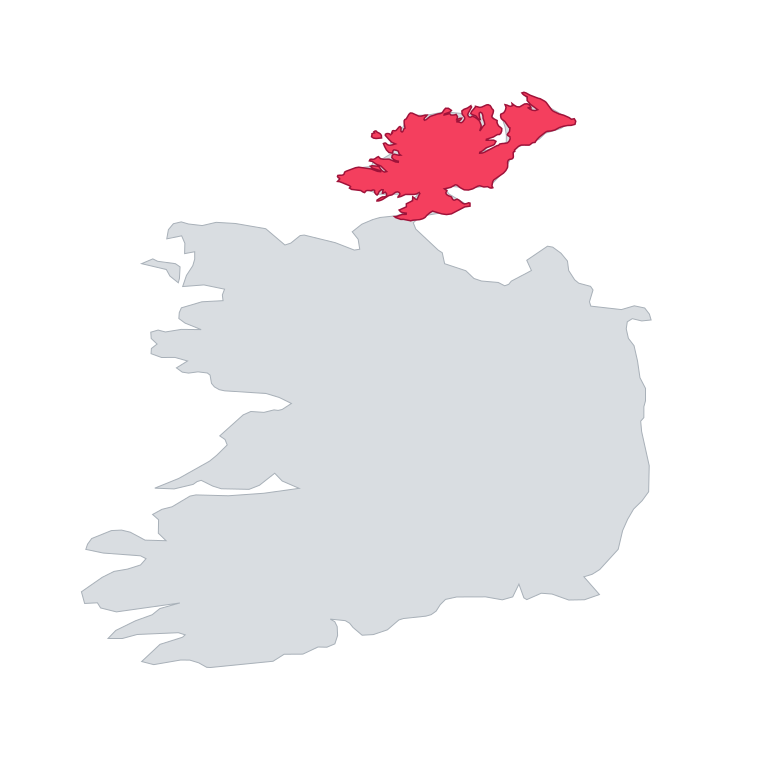 Donegal on a map of Ireland (Equal Earth projection), rotated 7°
{"feature_id": "IRL-729", "entity_name": "Donegal", "entity_type": "County", "adm_level": 1, "iso_a3": "IRL", "parent_name": "Ireland", "parent_adm1": "", "projection": "equal_earth", "projection_center": [-7.962, 54.925], "detail": "fine", "context": "in_parent", "style": "filled", "palette": "rose", "viewbox_px": 768, "rotation_deg": 7, "n_neighbors": 0, "source": "natural_earth", "source_scale": "10m", "svg_char_len": 9643}
<svg xmlns="http://www.w3.org/2000/svg" viewBox="0 0 768 768"><g transform="rotate(7 384 384)"><path d="M508.0,122.3L488.5,132.1L485.4,135.8L480.0,150.9L479.4,155.2L467.1,171.9L460.2,175.4L449.8,178.1L444.0,180.8L436.6,179.4L427.2,179.6L422.5,182.6L422.7,184.9L425.5,187.6L442.9,195.3L441.9,198.6L437.0,202.2L405.9,211.3L396.6,216.7L393.4,220.4L396.7,226.4L421.6,244.6L425.8,246.6L429.5,257.2L451.4,261.6L460.4,268.3L468.2,269.9L485.0,269.3L491.8,271.8L495.6,269.9L497.8,266.4L516.5,253.4L510.6,243.8L529.5,227.3L534.8,227.6L543.7,232.6L551.1,239.6L553.5,248.9L560.5,257.3L565.0,260.2L577.1,261.9L580.0,265.2L577.9,277.4L579.8,281.5L610.6,281.2L622.9,275.9L633.5,276.8L638.9,282.3L641.3,287.9L632.1,290.0L622.5,288.9L617.9,292.6L617.7,299.7L621.0,308.9L627.5,315.5L632.8,330.2L637.3,346.6L644.1,356.5L645.6,368.8L644.7,374.8L646.0,385.7L643.3,389.6L645.5,399.8L657.2,432.8L659.8,458.7L654.4,468.4L647.0,477.7L642.3,488.6L638.7,500.4L636.6,519.5L620.7,541.9L613.8,547.5L605.9,551.0L623.5,566.7L609.3,573.7L593.7,575.9L576.4,572.0L565.6,572.5L552.0,580.6L548.9,579.2L542.3,566.2L537.7,579.6L527.7,583.8L510.7,582.9L482.2,586.5L471.3,590.3L466.7,596.2L463.4,603.1L458.9,607.2L453.9,609.3L431.9,614.4L427.5,616.4L417.3,627.6L404.0,634.0L392.9,636.0L383.0,629.5L379.0,625.6L374.4,623.6L359.3,623.9L364.1,625.9L367.1,630.5L368.6,639.3L366.9,647.9L359.4,652.2L350.5,653.1L336.4,662.0L317.8,664.4L307.7,672.7L246.0,686.6L242.5,686.8L234.0,683.3L224.8,681.7L215.6,682.8L189.7,690.6L177.3,689.0L193.4,669.7L214.9,659.9L217.2,657.2L210.2,655.9L169.5,662.7L155.3,668.5L141.1,670.2L147.8,661.3L166.2,649.3L182.0,641.3L188.9,634.2L208.1,626.2L146.2,642.8L130.0,640.8L126.2,636.1L113.6,638.3L109.0,627.1L127.9,610.2L138.9,602.9L151.9,599.0L164.4,593.3L169.1,586.4L163.3,584.2L126.0,586.0L108.2,584.5L109.3,579.1L112.7,573.0L131.3,562.7L141.3,561.0L150.2,562.0L165.9,568.1L186.8,566.1L178.2,559.6L176.8,546.2L170.2,541.7L178.8,535.5L188.6,531.7L205.1,518.9L210.9,517.0L243.2,513.9L278.0,507.1L312.5,497.9L294.8,492.7L286.4,485.9L272.7,499.7L262.9,505.0L235.3,507.8L226.5,506.2L214.3,501.9L210.4,503.6L206.8,506.9L188.5,513.7L169.2,515.3L191.7,502.8L220.3,481.8L226.7,475.1L235.8,463.6L233.0,458.5L227.3,455.5L248.0,431.8L255.2,427.5L268.3,426.8L278.0,423.1L282.2,423.1L286.0,421.7L294.5,414.6L281.5,410.1L268.1,407.8L226.6,410.2L221.2,409.7L216.0,407.5L212.7,404.4L210.3,396.4L207.3,394.6L197.9,394.6L188.7,397.0L182.3,396.8L176.0,393.3L186.2,385.1L173.2,383.1L160.0,384.8L149.1,382.3L148.8,377.1L153.9,372.0L147.4,367.2L146.2,361.0L153.2,358.0L160.7,359.0L176.2,354.5L195.9,352.3L179.1,347.8L172.4,344.0L172.1,338.1L173.6,333.1L193.2,324.6L214.1,320.9L212.7,315.3L214.2,309.3L193.2,307.6L172.3,311.8L174.7,300.3L179.8,289.9L180.9,283.1L180.0,275.8L170.2,278.9L169.2,268.6L165.1,261.6L150.7,266.4L151.2,257.1L155.4,250.6L163.0,247.8L170.4,249.0L184.3,248.9L197.7,244.0L217.0,242.8L247.7,244.3L268.7,258.1L274.2,255.6L282.7,246.9L286.7,245.9L318.5,249.7L338.2,254.7L343.5,253.2L340.7,243.5L333.9,236.8L342.5,228.1L352.9,222.1L359.8,219.2L375.8,215.5L382.8,212.1L387.5,200.8L394.9,191.5L354.8,196.3L316.7,185.3L322.8,177.5L330.8,173.0L344.7,169.6L346.1,165.6L353.1,162.2L364.7,153.3L360.5,141.7L362.8,133.2L371.2,127.7L373.8,119.8L377.5,114.0L394.4,111.9L410.7,106.5L435.7,105.8L442.2,108.0L440.7,98.4L452.5,97.2L457.1,99.1L459.2,105.8L464.5,110.2L466.2,117.7L462.6,123.5L456.6,127.9L462.1,132.5L453.6,140.8L462.8,137.3L475.9,129.2L475.2,122.6L472.9,114.2L469.3,106.7L470.9,98.5L478.3,93.3L497.5,90.7L489.6,81.4L496.6,80.5L504.3,82.5L515.6,89.8L539.6,100.0L527.9,109.1L513.6,115.4L508.0,122.3ZM168.1,304.1L167.5,308.6L158.4,303.0L154.0,296.9L128.7,294.1L139.3,288.0L144.4,289.8L162.3,290.0L167.3,292.6L168.1,304.1Z" fill="#d9dde1" stroke="#a8b0b8" stroke-width="1"/><path d="M504.5,125.8L502.1,126.4L501.0,127.4L500.1,128.4L499.0,129.2L491.2,130.1L489.7,130.9L488.4,131.9L485.0,135.8L485.5,137.1L485.2,137.4L484.5,137.6L484.0,138.7L484.7,142.6L484.6,143.8L483.7,144.9L483.5,145.1L481.1,145.8L480.1,146.7L479.6,148.6L480.2,152.5L480.2,154.1L478.9,157.3L476.9,160.1L468.0,168.1L467.2,170.1L467.0,174.0L467.4,175.1L468.1,175.6L468.1,176.0L466.4,176.5L465.1,176.4L462.8,175.5L459.1,176.3L454.8,175.5L452.6,176.4L448.3,179.5L444.1,181.2L439.9,181.5L435.8,179.9L432.2,177.7L430.5,177.6L426.3,180.7L420.1,182.9L422.2,184.1L422.9,184.4L422.0,186.7L423.0,188.3L425.1,189.3L427.2,189.7L428.2,190.2L429.5,192.2L430.5,192.9L431.5,193.0L433.4,191.9L434.4,191.7L436.1,192.4L440.1,195.0L442.0,195.5L444.1,194.8L446.0,193.8L447.3,194.0L447.7,197.0L442.5,198.4L430.2,206.9L425.4,208.2L420.6,208.1L411.1,206.5L408.5,208.6L406.0,211.3L404.5,213.6L403.8,214.2L402.4,215.2L399.4,216.5L392.8,217.9L390.5,218.8L390.4,218.8L390.1,218.7L383.2,218.2L380.7,218.6L375.3,217.4L374.1,216.6L375.7,216.4L381.3,213.5L385.3,212.9L385.3,211.7L381.2,211.6L379.4,211.0L377.8,209.5L384.6,205.4L384.2,202.4L390.0,198.6L389.7,194.8L391.0,195.4L391.9,196.1L392.8,196.7L394.3,196.9L395.8,191.9L396.4,190.6L396.1,190.3L395.9,190.2L395.6,189.6L393.2,191.3L390.7,192.2L382.3,193.2L377.8,195.9L375.2,196.9L375.2,196.0L376.5,194.6L376.6,193.2L375.8,192.1L374.0,191.6L372.1,192.3L368.9,195.3L365.8,196.4L360.0,201.1L358.3,202.1L356.5,202.9L354.7,203.2L354.7,202.3L357.8,199.7L359.7,198.5L362.0,198.1L363.7,196.9L363.3,194.7L361.8,193.4L359.9,194.8L359.1,194.8L359.5,191.4L357.9,191.4L355.8,193.5L354.8,196.4L354.1,197.3L352.8,196.6L351.6,195.3L351.1,194.2L351.2,193.6L351.1,193.0L350.1,192.7L349.3,192.8L348.0,193.5L347.2,193.7L344.2,193.9L342.8,194.3L341.4,196.4L339.9,196.1L337.4,194.8L328.0,194.8L325.8,193.7L326.8,192.3L325.7,191.4L315.4,188.6L313.2,188.6L313.6,188.0L313.9,187.5L314.3,186.9L314.9,186.4L314.9,185.4L313.3,184.7L312.5,183.6L312.8,182.6L314.5,182.2L316.3,182.0L317.8,181.5L318.8,180.4L319.1,178.5L320.5,177.4L329.4,172.8L332.5,171.9L345.0,172.1L351.5,173.7L354.8,173.7L354.8,172.8L346.2,171.2L343.9,169.5L345.8,168.8L351.4,168.6L352.8,169.0L354.3,170.9L356.3,172.7L358.6,173.6L360.8,172.8L354.3,168.0L349.6,166.8L345.2,164.5L342.3,164.3L342.8,162.8L343.7,162.4L344.9,162.4L346.4,162.2L347.6,161.5L349.3,159.9L350.7,159.0L353.1,160.8L355.8,161.0L361.7,160.2L368.5,162.2L371.1,162.2L371.1,161.1L368.9,160.9L366.2,160.0L364.2,158.4L364.3,155.9L366.0,154.6L370.9,155.2L372.7,154.8L371.1,153.9L369.7,151.1L368.1,150.6L365.8,150.4L365.1,150.6L364.6,151.2L364.4,152.3L364.4,153.3L364.3,153.8L360.8,153.7L357.9,151.4L355.7,148.3L354.1,145.4L355.7,144.6L356.9,145.0L358.0,145.9L359.7,146.4L361.4,146.2L363.0,145.7L366.1,144.3L362.4,143.2L359.7,141.2L355.0,137.1L355.0,135.9L356.0,135.2L357.3,134.9L358.7,135.0L360.1,135.9L361.4,134.4L361.7,133.8L361.0,133.8L361.6,131.7L362.6,131.3L363.8,131.4L365.2,130.8L367.6,127.1L368.5,126.5L369.7,127.4L370.0,131.0L371.2,131.7L371.9,131.1L372.7,128.3L373.7,127.5L372.3,123.0L371.9,120.3L372.4,119.1L373.8,118.1L375.8,113.4L377.1,111.8L379.0,111.7L385.9,113.9L388.2,113.6L392.0,112.1L394.0,111.8L393.2,113.2L392.4,114.2L391.7,115.1L391.5,116.6L392.1,117.3L393.6,116.5L397.3,112.7L404.7,109.3L407.1,108.7L408.9,107.5L410.0,105.0L411.5,102.8L414.3,102.5L417.6,104.2L416.5,105.9L410.9,108.7L410.9,109.7L416.1,107.7L416.9,108.1L417.7,108.9L419.6,108.7L421.6,108.2L422.7,107.6L424.4,109.7L424.4,110.7L423.9,112.5L425.0,112.2L426.8,111.1L428.7,110.7L428.1,112.2L427.1,113.2L425.9,113.7L424.4,113.9L424.4,114.9L426.7,114.9L428.1,115.2L429.2,115.1L430.4,113.9L431.8,111.1L431.5,109.5L428.7,106.6L428.0,103.5L429.9,101.6L433.2,99.9L436.3,97.2L436.6,98.0L437.2,98.4L434.4,105.5L434.2,106.6L434.4,106.9L434.8,107.5L435.4,108.2L436.3,108.7L437.4,108.7L438.6,107.7L439.7,107.6L441.4,108.1L444.0,109.4L446.3,110.9L447.3,112.3L447.6,112.9L448.7,114.9L449.0,116.0L449.0,117.1L448.4,119.8L448.2,121.2L449.1,119.8L451.1,115.8L452.0,114.9L452.4,113.9L451.6,111.4L450.4,109.1L449.9,108.1L449.7,106.6L449.1,104.7L448.0,103.0L446.5,102.5L445.5,103.6L445.8,105.8L446.6,108.1L447.3,109.7L445.6,109.5L444.4,108.6L443.4,107.5L442.3,106.6L438.6,105.8L437.1,104.9L437.6,103.0L440.9,98.1L440.9,97.2L445.4,97.8L447.3,97.2L451.7,94.5L453.3,94.1L455.4,94.7L456.7,96.2L457.7,97.7L458.8,98.4L459.4,99.5L459.2,101.9L458.6,104.2L458.3,105.0L459.0,106.4L460.6,107.4L464.2,108.7L464.2,110.5L465.3,112.6L466.7,114.2L468.1,114.9L469.8,116.1L470.0,118.6L469.3,121.1L468.1,122.3L466.2,122.6L464.8,123.6L462.5,125.5L455.8,128.6L455.8,129.6L463.2,128.6L465.6,129.5L464.3,132.8L462.8,133.9L456.7,137.1L452.6,141.2L450.8,142.3L450.8,143.3L453.3,142.8L455.5,141.7L467.3,133.5L468.5,133.3L469.6,131.7L472.1,130.9L474.9,130.4L477.1,129.6L478.6,127.8L479.4,125.3L478.8,123.2L476.6,122.3L476.0,121.6L476.5,120.2L477.8,118.1L477.8,114.4L476.9,114.2L471.9,108.7L469.0,107.0L468.0,106.1L467.5,105.1L467.0,103.4L467.0,102.0L469.8,100.2L471.1,97.5L471.4,94.5L470.1,92.0L472.2,92.2L474.0,92.8L475.8,93.0L477.7,92.0L477.4,91.5L477.2,91.2L477.2,90.8L476.9,90.0L479.4,91.5L482.0,92.6L484.7,92.5L489.4,88.9L491.9,88.4L494.4,89.3L496.3,92.0L493.7,92.1L492.8,92.0L495.2,93.3L497.9,94.2L500.7,94.2L503.1,93.0L495.2,88.5L491.5,85.2L491.2,81.6L487.9,80.3L486.4,79.3L485.4,78.3L487.3,77.4L489.5,77.8L493.7,79.5L502.2,81.6L504.2,81.8L509.0,83.7L510.6,84.7L517.0,91.5L518.9,92.7L525.0,94.7L529.6,95.3L535.2,97.0L537.8,98.4L540.5,97.5L542.3,99.8L541.9,103.0L538.2,104.5L534.8,105.0L530.7,106.3L526.8,108.1L522.6,111.1L518.6,112.6L515.2,113.3L513.6,114.4L508.2,119.8L506.3,122.3L504.7,125.1L504.5,125.8ZM346.5,134.9L348.5,135.5L350.0,136.3L351.1,137.6L351.6,140.1L346.2,141.3L343.5,141.2L341.5,140.1L341.5,139.2L341.8,138.5L341.8,138.4L341.7,138.2L341.5,137.1L343.3,136.1L344.0,135.9L343.7,135.5L343.4,135.1L343.2,134.9L344.2,134.0L345.1,133.8L345.9,134.2L346.5,134.9Z" fill="#f43f5e" stroke="#9f1239" stroke-width="1.5"/></g></svg>